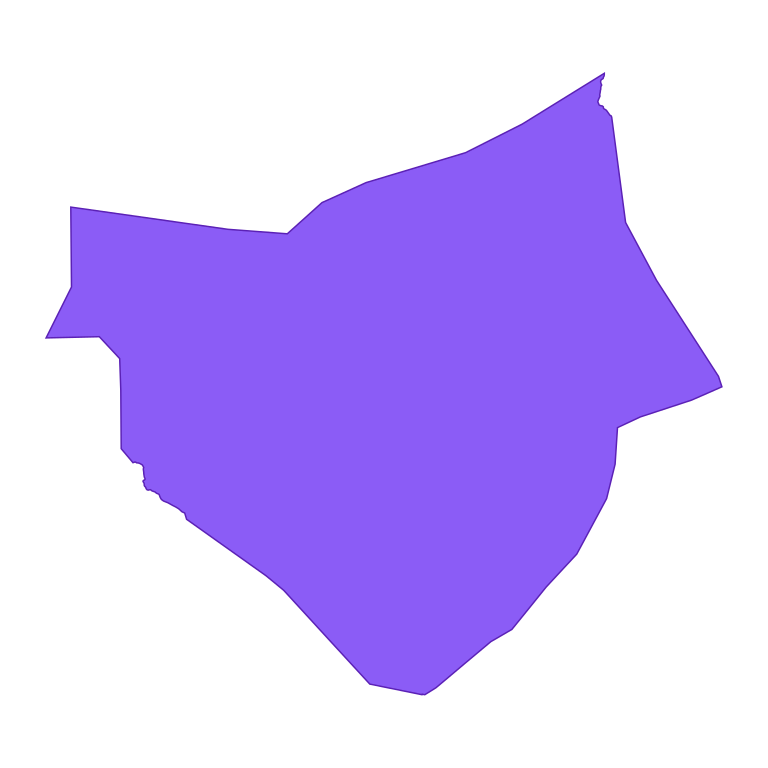 outline of Dariganga, Sühbaatar, Mongolia
{"feature_id": "93677404B32631495823652", "entity_name": "Dariganga", "entity_type": "district", "adm_level": 2, "iso_a3": "MNG", "parent_name": "Mongolia", "parent_adm1": "Sühbaatar", "projection": "albers", "projection_center": [114.125, 45.442], "detail": "fine", "context": "isolated", "style": "filled", "palette": "violet", "viewbox_px": 768, "rotation_deg": 0, "n_neighbors": 0, "source": "geoboundaries", "source_scale": "gbopen_adm2", "svg_char_len": 1894}
<svg xmlns="http://www.w3.org/2000/svg" viewBox="0 0 768 768"><path d="M70.8,207.1L71.5,287.0L46.1,337.9L99.3,336.7L119.7,358.6L120.8,390.4L121.2,448.7L133.0,462.7L134.6,462.1L135.7,462.1L136.5,462.8L138.5,463.0L140.1,463.6L142.4,465.0L143.7,467.4L143.3,469.0L143.5,470.6L143.7,472.0L143.8,473.8L144.3,477.0L144.9,478.3L145.1,479.1L144.6,479.9L143.5,480.4L143.1,480.9L143.0,481.3L143.3,482.0L143.8,482.8L144.1,483.4L144.2,484.2L144.2,485.2L144.6,486.2L145.6,487.2L146.2,488.8L147.2,489.9L147.9,490.0L148.5,490.1L149.4,489.8L150.4,489.7L151.0,490.1L152.0,490.9L155.1,492.0L156.3,493.1L157.1,493.5L158.7,494.1L159.2,494.6L159.5,495.6L160.2,497.4L161.0,498.9L161.7,499.7L163.5,501.0L165.7,501.9L167.8,502.7L172.8,505.5L175.6,506.9L178.6,508.7L182.0,511.8L184.7,513.0L186.6,519.3L266.1,575.8L283.7,590.3L332.1,643.1L369.8,684.1L422.0,694.7L422.2,694.2L424.8,694.7L435.9,687.8L443.9,681.1L464.4,663.8L490.9,641.6L511.9,629.4L529.5,607.7L546.2,587.0L566.9,564.7L576.7,554.2L583.5,541.6L606.6,498.6L615.1,464.2L617.5,427.6L640.4,416.9L691.6,400.1L718.5,388.3L721.9,386.8L718.5,376.4L656.5,280.3L625.6,222.5L611.7,117.1L611.1,115.8L609.9,115.2L609.2,114.2L606.7,110.7L606.3,110.2L605.2,109.5L604.3,109.0L603.7,108.6L603.5,108.3L603.4,107.8L603.4,107.2L603.3,106.8L602.4,106.0L601.8,105.9L600.6,105.6L599.4,105.2L598.9,104.6L598.7,103.8L598.5,103.3L598.1,102.6L597.8,101.7L598.3,100.1L599.0,98.4L599.8,96.6L600.0,96.0L599.7,95.2L599.8,94.3L600.1,92.8L600.3,91.6L600.4,90.4L600.7,89.7L600.7,88.9L600.8,88.2L600.8,87.2L600.9,86.7L601.1,86.1L601.4,85.6L601.7,85.1L600.9,83.3L600.6,81.9L600.7,81.1L600.8,80.7L601.1,80.0L601.5,79.6L602.1,79.2L602.8,78.8L603.2,78.3L603.3,77.8L603.4,77.3L603.6,76.8L604.0,76.2L604.1,75.9L604.2,75.2L604.3,74.4L604.3,73.3L522.2,124.1L465.5,152.7L366.1,182.6L322.0,202.6L287.3,233.8L227.8,229.3L181.1,222.7L70.8,207.1Z" fill="#8b5cf6" stroke="#5b21b6" stroke-width="1.5"/></svg>